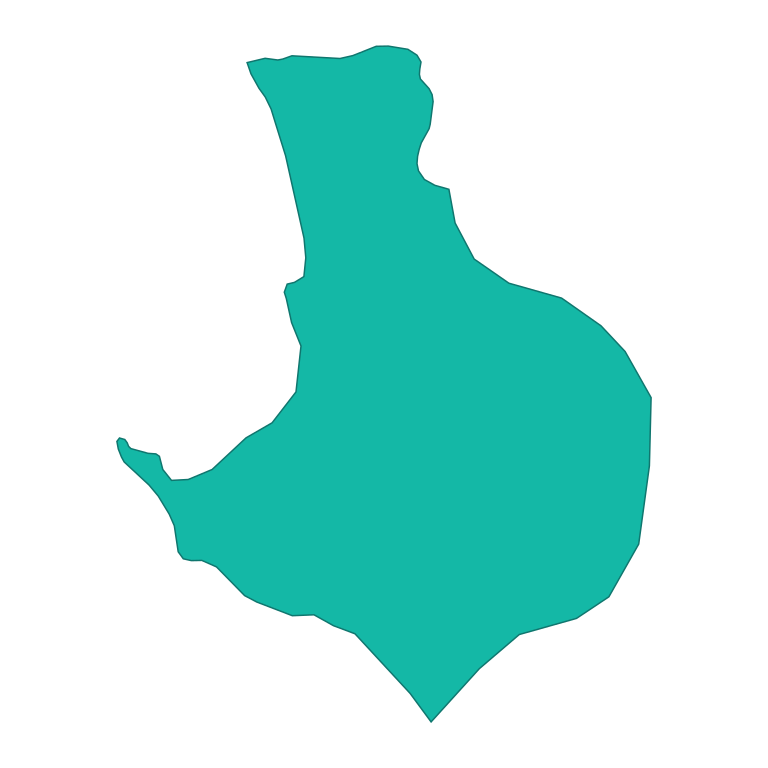 outline of Santa Elena
{"feature_id": "ECU-5507", "entity_name": "Santa Elena", "entity_type": "Province", "adm_level": 1, "iso_a3": "ECU", "parent_name": "Ecuador", "parent_adm1": "", "projection": "natural_earth1", "projection_center": [-80.701, -2.093], "detail": "fine", "context": "isolated", "style": "filled", "palette": "teal", "viewbox_px": 768, "rotation_deg": 0, "n_neighbors": 0, "source": "natural_earth", "source_scale": "10m", "svg_char_len": 1228}
<svg xmlns="http://www.w3.org/2000/svg" viewBox="0 0 768 768"><path d="M431.1,721.9L410.1,693.4L355.0,633.8L333.5,625.7L314.0,614.8L292.3,615.7L256.9,602.1L244.6,595.6L216.5,566.9L201.8,560.4L191.3,560.6L183.3,558.8L178.2,551.8L174.3,525.7L169.2,514.1L158.2,496.0L149.0,485.0L124.2,462.0L121.5,457.1L118.3,449.0L116.9,441.4L119.5,438.0L124.8,439.5L127.2,442.8L128.6,446.4L130.9,448.6L147.9,453.3L155.9,453.9L159.4,456.3L162.8,469.5L171.5,480.4L188.2,479.5L212.1,469.5L246.1,437.8L272.1,422.8L296.0,391.9L301.0,346.0L291.6,322.6L286.3,298.5L284.3,292.2L287.2,284.1L294.4,282.4L303.9,276.6L305.8,257.8L304.0,238.1L285.6,155.8L275.5,123.3L271.1,109.0L265.3,97.1L259.0,88.3L251.0,73.9L247.1,62.6L265.1,58.3L277.8,60.0L282.6,59.1L291.9,55.8L340.0,58.5L352.8,55.6L376.2,46.3L388.3,46.1L407.9,49.3L417.0,55.2L421.0,62.0L419.8,69.1L419.4,74.4L420.4,79.0L429.1,88.7L432.1,94.6L433.1,101.6L430.2,124.2L429.1,128.7L421.3,142.8L419.2,149.3L417.6,156.2L417.0,163.6L418.5,170.9L424.4,179.5L434.8,185.3L448.9,189.3L455.1,223.0L474.2,259.1L508.9,283.2L561.6,298.1L601.0,325.8L625.1,351.5L651.1,397.6L649.4,465.9L638.7,544.1L608.9,596.8L576.5,618.4L519.3,634.5L479.4,668.6L431.1,721.9Z" fill="#14b8a6" stroke="#0f766e" stroke-width="1.5"/></svg>